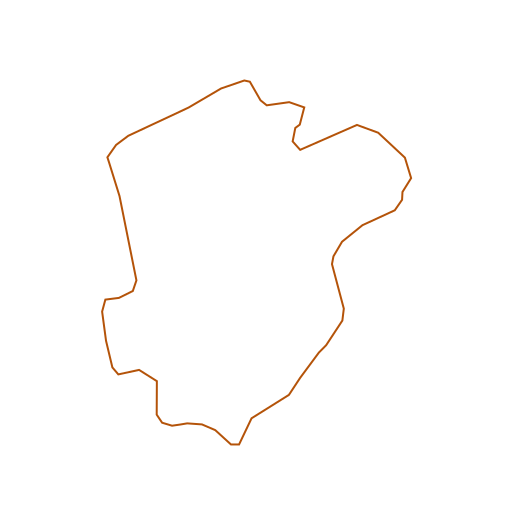 San Bernardino, Suchitepéquez, Guatemala (Natural Earth projection), rotated 68°
{"feature_id": "79465075B44616748162902", "entity_name": "San Bernardino", "entity_type": "district", "adm_level": 2, "iso_a3": "GTM", "parent_name": "Guatemala", "parent_adm1": "Suchitepéquez", "projection": "natural_earth1", "projection_center": [-91.453, 14.532], "detail": "fine", "context": "isolated", "style": "outline", "palette": "amber", "viewbox_px": 512, "rotation_deg": 68, "n_neighbors": 0, "source": "geoboundaries", "source_scale": "gbopen_adm2", "svg_char_len": 815}
<svg xmlns="http://www.w3.org/2000/svg" viewBox="0 0 512 512"><g transform="rotate(68 256 256)"><path d="M108.8,356.8L114.3,357.2L149.3,360.1L233.8,376.0L242.3,383.3L243.5,398.8L240.0,412.0L249.9,419.5L278.4,426.8L305.5,430.9L314.2,428.0L317.8,407.1L334.9,394.8L365.9,407.5L375.4,405.5L381.9,397.4L383.8,389.7L385.4,382.5L391.9,369.2L402.2,359.0L421.4,349.8L424.4,342.3L404.8,320.9L397.1,277.5L385.5,260.7L369.1,233.9L365.0,224.4L348.2,200.1L337.7,194.3L292.0,188.6L285.3,184.3L275.0,170.9L267.3,145.7L265.6,110.2L258.6,99.5L251.5,96.2L241.9,83.0L220.6,81.1L187.5,96.5L172.3,113.3L174.1,175.3L163.5,179.1L152.0,171.6L150.6,166.2L136.3,155.6L125.8,167.6L120.3,189.6L113.3,193.5L92.1,196.4L88.9,201.1L87.6,225.6L93.1,262.8L96.7,329.4L100.6,344.1L108.8,356.8Z" fill="none" stroke="#b45309" stroke-width="2"/></g></svg>